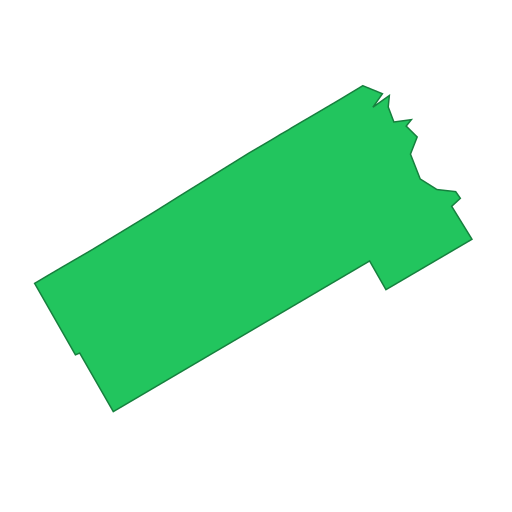 the district of Putnam, Missouri, United States of America, rotated 330°
{"feature_id": "52423323B64691104817228", "entity_name": "Putnam", "entity_type": "district", "adm_level": 2, "iso_a3": "USA", "parent_name": "United States of America", "parent_adm1": "Missouri", "projection": "equal_earth", "projection_center": [-92.899, 40.466], "detail": "fine", "context": "isolated", "style": "filled", "palette": "green", "viewbox_px": 512, "rotation_deg": 330, "n_neighbors": 0, "source": "geoboundaries", "source_scale": "gbopen_adm2", "svg_char_len": 669}
<svg xmlns="http://www.w3.org/2000/svg" viewBox="0 0 512 512"><g transform="rotate(330 256 256)"><path d="M211.5,166.2L210.8,166.2L189.1,167.0L116.7,168.6L83.6,168.7L67.4,168.8L50.6,169.0L50.2,251.3L54.8,251.9L54.6,319.4L351.9,317.1L351.7,350.1L449.8,349.5L451.4,349.5L450.3,310.8L461.8,308.2L461.1,300.1L445.9,288.9L436.7,271.4L440.7,245.0L455.1,233.5L451.0,218.6L458.7,215.6L442.4,208.9L445.0,193.1L451.7,183.7L431.6,185.6L446.6,178.7L433.6,161.9L417.5,162.2L408.7,162.4L367.7,162.7L363.6,162.7L350.7,162.8L347.4,163.0L338.0,162.9L331.9,163.1L323.9,163.2L301.8,163.3L292.4,163.6L218.3,165.9L211.5,166.2Z" fill="#22c55e" stroke="#15803d" stroke-width="1.5"/></g></svg>